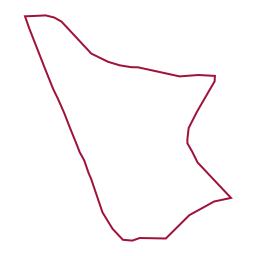 San Andrés Xecul, Totonicapán, Guatemala
{"feature_id": "79465075B53537343705712", "entity_name": "San Andrés Xecul", "entity_type": "district", "adm_level": 2, "iso_a3": "GTM", "parent_name": "Guatemala", "parent_adm1": "Totonicapán", "projection": "albers", "projection_center": [-91.498, 14.912], "detail": "fine", "context": "isolated", "style": "outline", "palette": "rose", "viewbox_px": 256, "rotation_deg": 0, "n_neighbors": 0, "source": "geoboundaries", "source_scale": "gbopen_adm2", "svg_char_len": 607}
<svg xmlns="http://www.w3.org/2000/svg" viewBox="0 0 256 256"><path d="M132.3,240.6L139.8,238.0L165.8,238.5L189.4,215.1L214.1,201.5L231.0,197.9L218.5,184.7L197.6,162.5L192.0,151.3L187.4,143.3L187.4,138.9L188.7,127.9L197.1,111.5L209.8,89.6L214.6,81.4L214.9,75.9L198.4,75.0L179.6,76.4L137.9,67.3L131.2,67.2L119.7,65.3L108.0,61.8L91.3,53.6L61.5,21.6L54.2,17.5L45.6,15.4L33.2,16.0L25.0,16.3L29.1,28.0L44.7,67.9L53.2,89.1L57.7,98.3L64.2,113.0L69.9,127.7L76.2,143.2L79.7,152.2L84.3,160.6L88.6,173.1L91.1,178.8L102.5,212.4L112.6,228.9L122.9,239.8L132.3,240.6Z" fill="none" stroke="#9f1239" stroke-width="2"/></svg>